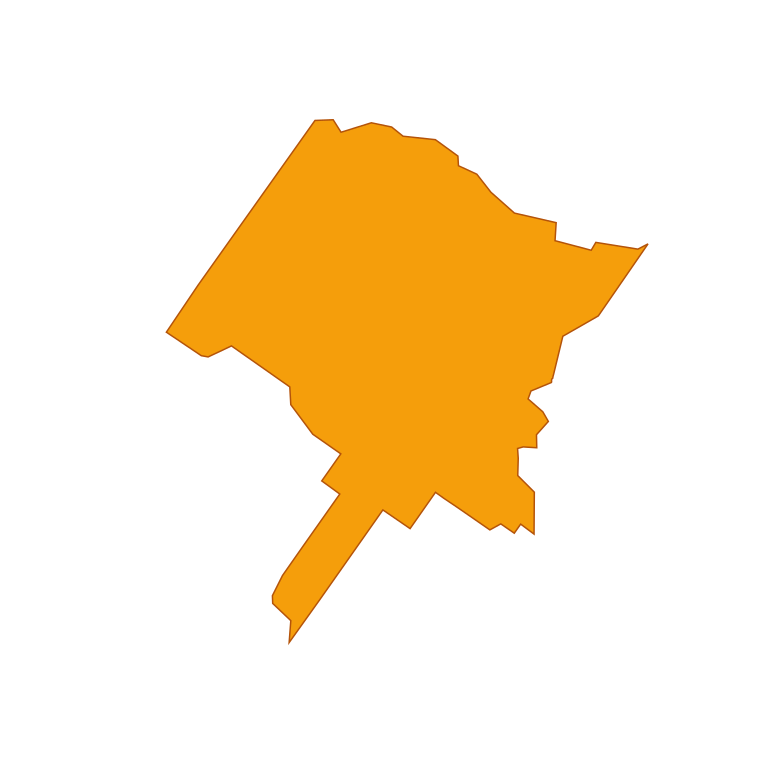 the district of St. Landry, Louisiana, United States of America, rotated 305°
{"feature_id": "52423323B7471592660560", "entity_name": "St. Landry", "entity_type": "district", "adm_level": 2, "iso_a3": "USA", "parent_name": "United States of America", "parent_adm1": "Louisiana", "projection": "albers", "projection_center": [-92.032, 30.574], "detail": "fine", "context": "isolated", "style": "filled", "palette": "amber", "viewbox_px": 768, "rotation_deg": 305, "n_neighbors": 0, "source": "geoboundaries", "source_scale": "gbopen_adm2", "svg_char_len": 1023}
<svg xmlns="http://www.w3.org/2000/svg" viewBox="0 0 768 768"><g transform="rotate(305 384 384)"><path d="M301.6,176.0L302.4,218.1L305.3,224.4L327.7,237.2L327.6,308.5L313.6,319.5L302.0,354.5L302.0,388.7L268.9,388.6L268.5,410.9L205.2,410.7L168.9,410.7L146.6,414.0L140.4,418.7L136.7,443.4L117.8,454.6L169.9,455.1L267.3,455.3L280.2,455.3L280.5,488.3L324.8,488.3L324.7,499.0L325.0,515.9L325.2,554.4L336.4,559.9L336.5,576.3L347.6,576.3L347.1,593.0L381.6,569.2L385.7,546.1L400.1,536.6L407.8,530.4L412.3,534.1L419.4,545.7L429.9,538.0L447.6,540.1L452.3,530.1L454.4,510.6L462.6,508.4L480.8,520.0L481.2,520.2L481.9,520.1L482.5,519.5L484.2,518.6L485.5,518.9L486.9,518.2L488.9,517.5L525.7,503.1L562.7,520.5L594.0,520.3L650.2,519.9L640.1,514.6L621.5,476.3L612.4,477.0L599.5,441.9L614.9,432.5L598.8,392.8L602.4,361.6L609.1,339.7L605.5,319.8L613.1,313.8L613.6,285.9L597.9,257.5L598.9,242.9L590.7,223.8L565.6,204.4L571.3,190.8L560.3,176.3L421.3,175.4L358.8,175.0L301.6,176.0Z" fill="#f59e0b" stroke="#b45309" stroke-width="1.5"/></g></svg>